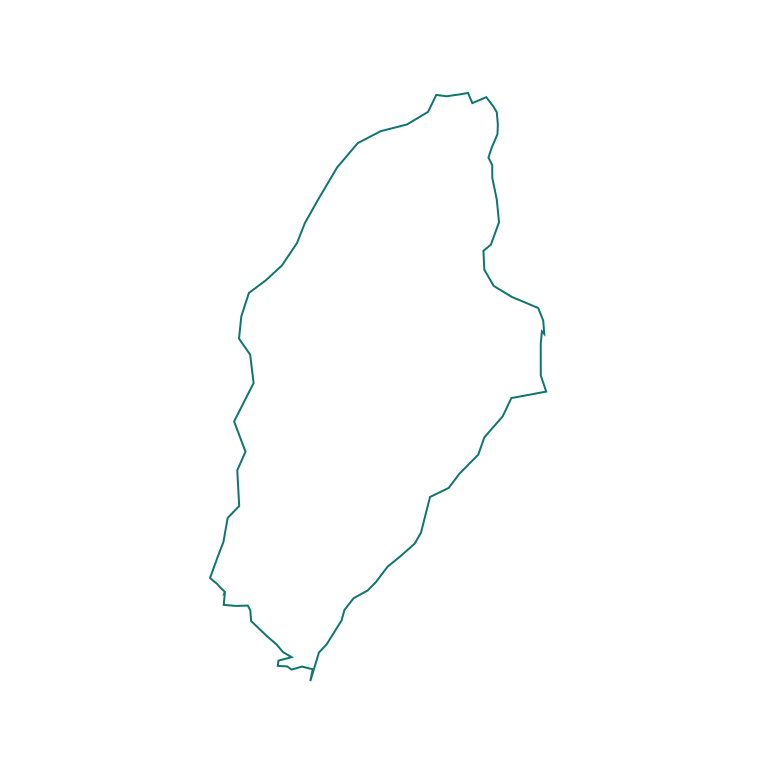 the district of Lageia, Larnaca, Cyprus, rotated 198°
{"feature_id": "46923920B26472035314494", "entity_name": "Lageia", "entity_type": "district", "adm_level": 2, "iso_a3": "CYP", "parent_name": "Cyprus", "parent_adm1": "Larnaca", "projection": "natural_earth1", "projection_center": [33.242, 34.839], "detail": "fine", "context": "isolated", "style": "outline", "palette": "teal", "viewbox_px": 768, "rotation_deg": 198, "n_neighbors": 0, "source": "geoboundaries", "source_scale": "gbopen_adm2", "svg_char_len": 1283}
<svg xmlns="http://www.w3.org/2000/svg" viewBox="0 0 768 768"><g transform="rotate(198 384 384)"><path d="M362.3,79.6L362.9,108.5L358.1,118.7L351.3,146.0L351.8,156.8L346.7,170.9L335.8,182.5L330.5,193.1L324.2,211.3L315.2,225.2L305.5,241.7L302.9,254.0L305.3,290.8L290.3,305.2L284.6,321.8L272.5,346.0L272.1,364.2L261.1,390.0L258.5,410.0L227.4,426.9L237.5,440.5L247.3,470.5L250.1,482.8L247.1,481.1L252.1,493.4L260.8,503.9L289.3,506.3L310.0,511.2L323.9,523.7L330.6,541.4L325.4,549.5L324.6,573.4L333.8,594.4L344.7,613.5L348.7,625.6L354.6,631.6L354.6,641.9L353.3,656.6L355.8,665.7L360.7,677.3L365.7,681.7L375.4,688.4L386.8,678.4L394.0,686.8L400.5,683.3L413.6,676.9L423.6,675.1L426.2,656.4L442.4,637.9L465.2,623.5L483.4,605.0L495.5,575.5L503.6,539.2L509.0,512.5L510.3,491.2L517.7,465.2L528.5,446.0L540.6,428.9L540.6,404.2L535.9,382.3L520.4,370.6L518.6,366.8L508.3,344.6L515.0,302.1L494.8,276.8L496.9,256.6L484.0,223.2L491.3,208.3L487.9,184.2L488.7,168.9L489.5,145.8L485.2,143.9L481.1,142.4L476.9,139.9L471.2,137.2L471.2,134.8L470.6,135.3L468.2,124.4L456.2,127.2L445.0,131.2L441.2,127.4L437.1,117.5L416.8,107.7L405.9,103.2L397.2,97.8L387.5,95.6L398.9,88.3L397.9,83.1L388.7,85.5L383.7,83.8L374.7,89.9L363.6,90.7L362.4,79.6L362.3,79.6Z" fill="none" stroke="#0f766e" stroke-width="2"/></g></svg>